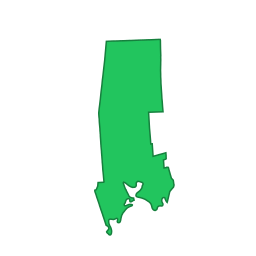 outline of Alexeni, Ialomita, Romania, rotated 325°
{"feature_id": "2599482B94513339956847", "entity_name": "Alexeni", "entity_type": "district", "adm_level": 2, "iso_a3": "ROU", "parent_name": "Romania", "parent_adm1": "Ialomita", "projection": "equal_earth", "projection_center": [26.708, 44.701], "detail": "fine", "context": "isolated", "style": "filled", "palette": "green", "viewbox_px": 256, "rotation_deg": 325, "n_neighbors": 0, "source": "geoboundaries", "source_scale": "gbopen_adm2", "svg_char_len": 5490}
<svg xmlns="http://www.w3.org/2000/svg" viewBox="0 0 256 256"><g transform="rotate(325 128 128)"><path d="M117.4,211.4L118.4,210.6L125.8,204.0L126.2,203.9L128.6,203.2L131.4,202.5L131.7,202.3L131.9,202.1L132.2,201.8L132.8,201.3L133.1,201.0L133.1,200.9L133.1,200.7L134.5,198.0L134.8,197.4L135.1,196.8L135.1,196.6L135.1,196.3L134.9,195.3L134.9,195.0L134.8,194.3L134.8,194.1L134.8,193.8L135.5,191.8L136.1,190.0L137.6,185.7L137.8,185.0L138.0,184.7L138.1,184.3L138.3,183.9L138.4,183.4L138.3,183.2L137.8,182.8L137.6,182.7L137.0,182.3L136.8,182.5L134.6,181.4L138.4,175.1L138.7,174.5L141.2,175.2L141.7,175.0L141.8,174.8L142.5,173.7L143.4,172.4L144.8,170.0L141.9,169.0L139.1,168.0L138.2,167.6L137.1,167.3L132.3,165.6L138.8,154.8L137.5,154.1L139.7,150.5L141.8,146.9L145.5,140.5L153.9,126.9L166.0,134.8L166.4,134.1L168.6,130.3L171.3,125.8L172.8,123.1L174.8,119.9L180.6,110.3L182.2,107.9L183.4,106.0L184.0,105.0L185.6,102.7L187.9,99.2L188.8,98.0L189.8,96.6L191.0,95.0L192.2,93.3L193.9,91.0L195.5,88.6L195.9,88.0L196.1,87.9L200.4,81.3L204.8,74.8L204.9,74.4L205.2,73.9L204.2,73.2L196.0,68.0L195.8,67.8L191.6,65.1L187.5,62.4L180.1,57.7L179.9,57.5L175.2,54.5L170.5,51.4L170.4,51.4L165.2,47.9L160.0,44.6L158.3,46.6L147.7,59.2L145.4,61.8L142.1,65.5L139.3,68.7L137.1,71.2L134.7,73.8L131.4,77.7L128.7,80.7L126.8,82.8L121.8,88.6L118.6,92.2L115.4,95.7L113.7,97.7L112.9,98.6L112.4,99.3L111.9,100.1L110.8,101.9L110.5,102.4L109.6,104.1L108.8,105.3L107.5,107.4L105.6,110.7L104.7,112.3L103.4,114.3L102.7,115.6L102.3,116.2L101.9,116.9L101.8,117.2L101.3,117.9L100.7,118.8L98.6,122.3L97.8,123.6L97.2,124.6L96.8,125.2L96.5,125.7L95.4,127.6L95.2,127.8L95.1,128.1L95.0,128.3L94.9,128.4L93.6,130.7L92.8,132.1L92.5,132.5L90.8,135.4L90.7,135.5L90.6,135.8L89.8,137.1L88.9,138.6L88.1,140.0L87.5,140.9L86.9,141.9L86.4,142.9L86.1,143.3L85.6,144.2L85.2,144.9L84.8,145.5L84.5,146.0L83.7,147.3L82.9,148.7L82.2,150.0L81.0,152.1L79.5,154.7L77.7,157.9L77.5,158.3L77.3,158.4L77.0,158.5L76.8,158.4L72.2,155.5L69.8,158.3L66.6,160.3L66.1,160.2L65.6,160.1L65.2,159.9L64.7,160.5L64.2,161.9L63.6,164.2L62.8,166.6L61.9,169.8L60.5,174.6L60.2,175.2L59.9,176.4L58.6,180.6L58.6,180.8L58.6,181.0L58.1,182.4L57.7,184.0L57.3,185.1L56.5,187.9L55.5,191.2L54.8,193.5L54.3,195.2L54.5,195.6L54.7,196.0L55.0,196.4L55.1,196.8L55.2,197.3L55.1,198.2L55.0,198.7L54.8,199.1L54.6,199.4L54.3,199.6L53.7,199.9L53.1,200.1L52.0,200.4L51.3,200.6L50.9,200.8L50.8,201.4L50.8,202.1L51.0,202.7L51.2,203.4L51.2,204.0L51.3,204.5L51.5,204.9L51.8,205.2L52.1,205.4L52.5,205.5L53.0,205.4L53.3,205.2L53.8,204.9L54.2,204.6L54.7,204.0L55.1,203.6L55.4,203.1L55.6,202.8L55.7,202.7L55.9,202.1L56.2,201.5L56.2,201.3L56.3,200.9L56.5,200.7L56.6,200.3L56.7,199.9L56.8,199.4L56.9,199.0L56.9,198.6L56.9,198.1L57.1,197.4L57.4,196.0L57.6,195.3L57.9,194.7L58.4,193.8L58.6,193.5L58.9,193.0L59.4,192.5L59.8,192.3L60.1,192.2L60.5,192.2L61.2,192.5L61.4,192.6L62.0,193.1L62.5,193.6L62.8,193.9L63.0,194.1L63.5,194.6L64.1,194.8L65.0,195.1L65.9,195.2L66.6,195.4L67.0,195.6L67.2,195.8L67.3,196.3L67.3,196.7L67.0,197.1L66.6,197.5L66.1,197.9L65.6,198.4L65.4,198.8L65.4,199.1L65.4,199.4L65.6,199.8L65.9,200.1L66.4,200.4L66.8,200.5L67.3,200.5L68.0,200.2L68.5,199.8L69.0,199.4L69.5,198.9L70.0,198.4L70.7,197.7L71.4,197.1L72.0,196.6L72.5,196.1L73.4,195.6L74.1,195.3L74.4,195.0L74.9,194.8L77.3,194.1L78.8,193.6L80.2,193.3L81.0,193.1L81.8,193.1L82.6,193.1L83.3,193.2L84.0,193.3L84.8,193.5L86.4,193.9L86.8,193.9L87.3,193.7L87.5,193.4L87.4,193.2L87.1,192.8L86.6,192.3L86.0,191.8L85.5,191.5L85.1,191.3L84.9,191.2L84.2,191.0L82.8,190.7L82.4,190.6L81.5,190.4L81.2,190.2L80.8,189.9L80.7,189.7L80.7,189.4L80.7,189.2L80.8,188.9L80.9,188.7L81.1,188.4L81.4,188.2L81.7,188.0L81.9,187.9L82.2,187.9L82.5,187.8L82.8,187.7L83.0,187.5L83.3,187.3L84.0,186.7L84.7,186.2L85.1,186.0L85.6,185.8L86.2,185.7L86.7,185.7L87.2,185.8L87.8,186.1L88.1,186.3L88.4,187.0L88.4,187.5L88.2,187.9L87.9,188.4L87.5,189.0L87.5,189.7L88.1,190.2L88.7,190.3L89.9,190.4L91.2,190.4L91.6,190.6L92.4,188.6L92.1,188.5L91.6,187.9L90.7,187.0L90.5,186.5L90.2,186.1L89.9,185.4L89.7,184.5L89.9,183.5L90.1,182.4L90.6,178.7L91.0,177.1L90.8,176.7L91.7,173.3L92.6,170.2L92.9,170.2L93.4,169.9L94.3,171.3L94.6,172.3L95.1,174.1L95.6,175.7L96.0,176.6L96.6,177.8L97.6,179.2L98.7,179.9L99.4,180.3L100.2,180.5L100.8,180.4L101.6,180.0L102.2,179.3L102.5,178.7L103.1,177.9L103.6,177.5L104.0,177.4L104.8,177.3L105.4,177.3L105.8,177.6L106.3,178.1L106.6,178.4L106.9,178.7L107.3,179.3L107.7,179.8L108.0,180.2L108.4,180.8L108.5,181.3L108.5,181.7L108.4,182.2L108.3,182.6L107.8,182.9L106.9,183.3L106.0,184.0L105.5,184.7L104.8,185.1L104.2,185.4L103.3,185.7L102.8,185.9L102.2,186.1L101.6,186.2L100.9,186.2L100.1,186.3L99.1,186.3L98.1,186.4L97.2,186.7L96.7,187.0L95.9,187.7L95.6,188.3L95.6,188.7L95.8,189.4L96.4,190.2L96.9,190.8L97.6,191.5L98.4,192.4L99.3,193.5L100.2,194.8L100.7,195.6L101.1,196.2L101.4,196.9L101.7,197.7L102.1,198.6L102.3,199.2L102.8,200.3L103.1,201.7L103.2,202.5L103.2,203.3L103.0,204.3L102.8,205.0L102.3,206.3L101.9,207.4L101.8,208.2L101.8,208.6L101.8,209.2L102.1,210.1L102.4,210.6L102.7,210.9L103.1,211.2L104.1,211.3L104.7,211.3L105.2,211.1L105.9,210.5L106.4,210.1L107.1,209.7L108.0,209.6L108.9,209.8L109.4,210.1L110.0,210.5L110.7,211.1L111.3,211.4L111.9,211.4L112.7,210.8L113.1,210.2L113.2,209.5L113.3,208.8L113.5,207.8L113.9,206.9L114.4,206.4L114.8,205.9L115.2,205.6L115.6,205.4L116.2,205.2L116.8,205.2L117.4,205.5L117.9,205.9L118.1,206.6L117.7,207.6L117.5,208.6L117.3,209.9L117.3,210.9L117.4,211.4Z" fill="#22c55e" stroke="#15803d" stroke-width="1.5"/></g></svg>